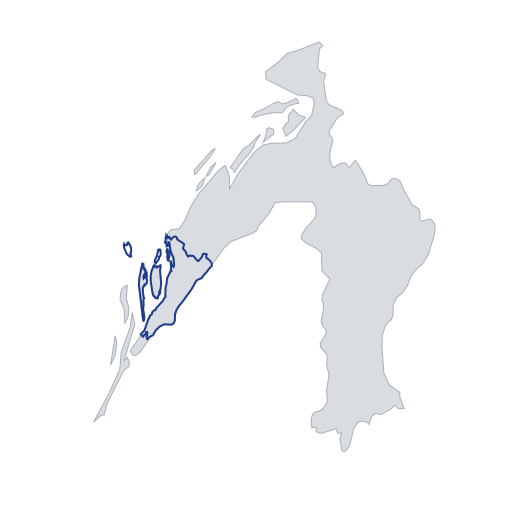 location of Splitsko-Dalmatinska within Croatia, rotated 83°
{"feature_id": "HRV-1492", "entity_name": "Splitsko-Dalmatinska", "entity_type": "County", "adm_level": 1, "iso_a3": "HRV", "parent_name": "Croatia", "parent_adm1": "", "projection": "natural_earth1", "projection_center": [16.561, 43.491], "detail": "fine", "context": "in_parent", "style": "outline", "palette": "blue", "viewbox_px": 512, "rotation_deg": 83, "n_neighbors": 0, "source": "natural_earth", "source_scale": "10m", "svg_char_len": 8208}
<svg xmlns="http://www.w3.org/2000/svg" viewBox="0 0 512 512"><g transform="rotate(83 256 256)"><path d="M55.6,164.2L58.1,167.7L76.4,172.0L80.4,170.1L82.8,167.2L82.8,165.4L84.4,164.9L90.8,167.6L110.6,167.3L114.6,165.2L122.1,152.9L124.5,151.8L126.1,152.3L127.3,156.0L130.1,159.4L140.0,167.6L143.8,168.6L147.5,166.3L151.3,165.7L162.1,170.0L171.2,170.9L178.0,168.6L174.7,162.0L174.2,158.7L174.6,155.8L179.3,152.9L179.1,151.6L173.5,146.5L173.8,145.2L186.1,139.5L198.0,136.2L199.9,133.8L201.5,123.1L200.9,117.4L196.1,112.0L195.8,109.3L197.0,106.5L198.9,104.0L209.1,101.0L224.1,94.8L228.7,89.0L231.5,88.0L239.9,88.8L241.6,87.4L240.5,79.1L242.0,76.9L246.4,74.6L253.7,75.5L259.8,77.7L275.9,85.0L284.4,91.8L289.2,99.3L295.6,105.1L303.7,109.3L310.2,114.9L314.9,122.0L321.6,125.9L330.1,126.8L335.5,129.2L337.8,133.2L342.4,136.8L349.4,140.1L360.3,141.9L387.7,143.4L399.9,139.6L409.0,129.8L412.8,130.5L425.6,127.6L424.8,133.5L421.0,136.1L424.9,142.1L428.7,151.9L426.7,156.8L429.2,160.6L437.0,164.4L434.8,165.5L433.1,168.7L432.9,174.5L439.1,180.1L455.7,186.1L460.6,191.0L460.7,193.1L459.8,194.5L447.1,195.0L442.3,192.5L441.8,196.4L437.2,197.7L439.9,212.1L439.0,216.3L437.2,217.7L433.7,216.9L432.7,218.3L433.6,221.4L429.0,221.7L421.6,220.1L418.3,217.3L417.6,211.8L415.2,207.5L409.4,203.0L397.2,202.2L383.0,198.0L372.7,199.3L362.9,197.3L354.4,203.0L350.2,202.9L341.6,195.8L339.0,195.4L331.6,199.0L328.5,199.2L316.1,195.3L311.5,194.8L308.2,196.0L302.2,194.6L287.8,185.4L278.9,192.4L260.8,190.7L255.5,195.5L249.3,204.7L244.3,209.0L239.9,207.5L234.8,203.4L225.8,193.1L221.3,191.2L216.1,190.8L211.5,191.9L209.1,194.0L205.5,222.5L205.4,230.5L215.4,237.9L227.2,250.7L231.0,252.2L232.8,256.3L238.7,279.2L244.7,287.2L265.0,306.0L273.6,317.9L299.7,341.1L311.2,345.2L313.0,347.4L313.1,356.5L314.4,359.8L322.1,369.3L337.8,383.2L339.6,386.4L340.2,388.8L339.2,390.6L335.1,392.5L317.0,376.8L302.9,368.2L287.0,352.1L265.7,345.8L251.2,338.8L232.7,342.0L226.8,342.1L222.5,340.8L219.5,336.5L219.5,328.7L211.0,321.7L199.5,315.0L188.5,306.4L166.7,283.0L162.3,275.5L173.6,272.7L186.7,274.2L172.7,264.3L152.6,244.9L146.7,235.7L146.0,225.9L147.6,212.3L144.0,202.7L128.6,190.1L123.0,183.5L111.6,179.6L106.5,180.0L103.4,184.9L101.0,195.7L81.9,224.3L74.6,224.2L66.5,210.6L58.7,200.3L57.0,189.4L51.3,167.3L55.6,164.2ZM395.2,426.1L395.4,429.4L401.0,437.4L375.8,419.5L351.9,405.0L335.1,401.5L312.0,389.8L297.0,385.7L309.3,384.7L344.8,400.3L340.9,396.1L346.0,394.5L350.3,395.7L353.1,400.8L373.1,414.5L385.9,422.6L395.2,426.1ZM118.2,239.9L117.6,243.3L113.4,238.9L111.3,231.2L106.1,218.6L105.5,215.1L108.3,211.6L108.1,208.0L104.5,197.0L107.6,195.2L109.5,195.0L110.2,202.7L111.9,207.1L117.0,212.4L115.9,221.4L116.8,234.1L118.2,239.9ZM140.9,211.8L132.3,213.7L128.2,210.3L127.2,207.6L120.1,206.7L115.0,201.1L121.1,196.8L124.4,190.0L136.0,204.0L140.9,211.8ZM278.7,363.0L267.6,363.2L258.0,361.6L253.2,358.8L255.1,352.6L265.8,353.1L282.1,355.8L286.2,359.0L284.9,360.5L278.7,363.0ZM307.5,375.8L302.6,376.7L271.3,376.0L262.1,374.2L250.0,368.0L260.2,366.6L269.6,368.0L272.5,371.4L307.5,375.8ZM166.9,268.5L165.1,270.9L147.7,255.3L145.8,250.1L137.2,239.4L135.9,236.6L143.8,243.5L146.8,244.2L154.3,251.0L161.7,259.7L170.5,267.3L166.9,268.5ZM269.3,387.3L282.3,389.8L291.8,388.6L300.4,390.2L307.1,394.4L292.3,393.4L283.3,396.3L275.5,394.7L272.5,392.9L270.4,390.5L269.3,387.3ZM166.8,305.2L167.7,307.3L163.0,306.5L146.0,287.2L144.2,283.4L150.3,287.9L166.8,305.2ZM136.9,223.5L144.0,235.0L137.4,231.5L131.5,230.1L130.3,227.5L132.5,223.2L136.9,223.5ZM336.7,407.5L346.4,413.6L318.1,405.6L324.3,404.7L336.7,407.5ZM179.6,300.6L184.2,307.2L179.8,305.8L175.2,301.7L172.5,297.3L179.6,300.6ZM169.8,292.8L170.9,295.9L162.2,290.0L158.3,284.3L169.8,292.8Z" fill="#d9dde1" stroke="#a8b0b8" stroke-width="1"/><path d="M260.6,301.1L262.6,303.8L266.0,307.0L268.3,309.9L271.2,312.4L271.7,313.7L272.0,315.2L272.6,317.1L273.6,318.5L281.4,324.2L292.5,334.6L295.9,338.3L298.1,340.1L299.7,341.4L303.8,343.5L310.6,344.5L312.8,345.9L313.9,348.2L312.6,355.6L314.2,360.0L316.9,363.9L319.8,366.3L321.2,367.2L322.0,367.8L322.4,368.7L323.0,370.6L323.8,372.3L324.9,373.4L325.5,373.8L325.4,374.0L325.1,374.2L324.6,374.4L323.3,374.6L322.8,374.5L322.4,374.4L322.1,374.2L321.9,373.8L321.7,373.7L321.3,373.6L319.9,373.4L318.7,373.1L318.4,373.1L318.2,373.3L318.1,374.1L318.2,374.4L318.3,374.6L318.7,374.7L319.5,374.8L319.9,374.9L320.2,375.3L320.5,375.7L320.8,376.4L321.1,376.8L321.4,377.1L322.1,377.6L322.4,377.8L322.4,378.1L322.0,378.4L321.5,378.6L319.6,379.9L316.1,375.7L305.9,370.8L303.5,369.0L302.3,368.4L301.8,368.1L301.4,366.9L300.9,366.4L300.1,366.1L299.4,366.0L299.0,365.8L298.5,365.2L297.8,364.2L297.6,363.8L297.4,362.6L297.3,362.3L297.0,362.1L296.1,361.9L295.8,361.7L289.1,353.8L287.2,352.6L286.5,352.0L285.9,351.4L285.4,350.9L276.4,349.7L272.3,348.1L267.5,347.1L261.1,342.9L261.0,342.6L260.9,342.2L260.8,341.8L260.4,341.6L260.0,341.7L259.3,342.2L259.0,342.2L256.3,341.6L251.0,341.6L251.0,341.0L252.4,341.0L254.0,340.7L255.6,340.0L256.8,339.2L255.6,338.5L254.0,338.2L247.2,338.1L246.4,338.3L245.1,339.1L244.6,339.2L243.3,339.4L240.4,340.2L231.8,340.4L231.8,341.0L234.1,341.6L235.1,342.2L235.6,343.5L231.3,343.5L231.5,344.5L230.5,344.4L228.2,343.5L226.3,343.4L225.5,343.0L224.5,342.2L224.4,342.2L224.9,341.8L225.6,341.7L227.1,341.6L227.5,341.4L227.5,341.2L227.3,341.1L226.9,340.9L226.6,340.7L226.3,340.4L226.3,339.9L226.6,339.6L227.2,339.4L227.8,339.2L229.0,338.8L229.4,338.5L229.4,338.3L229.1,338.3L228.8,338.1L228.5,337.3L227.5,336.3L227.1,335.7L226.9,335.0L226.7,334.0L227.0,333.5L227.3,333.1L228.1,332.3L228.5,332.1L228.8,332.1L229.2,332.3L229.6,332.2L230.0,332.1L234.8,326.4L235.5,325.9L235.8,326.0L239.6,327.5L240.3,327.4L240.8,327.0L241.4,326.3L241.9,325.9L242.4,325.6L244.0,325.1L245.9,324.6L247.5,324.0L248.2,323.4L248.3,322.9L248.0,322.5L247.7,322.1L247.5,321.8L247.4,321.3L248.1,320.0L248.2,319.8L248.1,319.5L248.0,319.1L248.2,318.4L248.6,317.9L253.4,314.9L253.9,314.3L253.9,313.7L253.5,313.2L250.7,310.2L250.1,309.7L249.6,309.4L247.6,308.5L247.4,308.0L247.3,307.5L248.2,304.8L250.4,305.4L251.6,305.4L252.4,305.1L252.7,304.8L252.8,304.5L252.9,304.0L254.2,302.9L256.6,301.4L257.6,301.1L258.3,300.9L260.6,301.1ZM258.7,361.7L253.2,358.8L252.0,357.4L252.6,357.8L253.0,358.1L253.5,358.1L253.5,357.6L254.0,357.5L254.4,357.4L254.0,356.8L254.1,356.2L254.5,355.8L255.4,355.6L254.4,354.1L253.5,352.0L254.9,351.9L255.4,352.0L258.2,353.0L271.8,353.5L280.4,355.6L280.4,356.2L279.5,356.2L280.2,356.6L280.9,356.8L281.4,356.7L281.9,356.2L282.5,356.7L283.8,358.1L284.6,358.3L285.2,358.3L285.7,358.4L286.2,359.3L285.3,360.9L284.8,361.4L284.3,361.1L283.0,362.7L280.7,363.2L267.7,363.6L263.1,363.0L258.7,361.7ZM272.2,375.7L270.6,375.8L262.9,374.3L256.9,372.2L254.8,371.8L253.5,371.0L252.7,370.8L249.6,369.6L249.9,369.2L250.2,369.1L251.0,369.0L251.9,369.5L252.7,369.4L254.4,368.4L254.9,369.0L255.1,368.6L255.9,367.8L255.9,368.4L258.4,367.6L260.5,368.8L262.5,370.3L264.5,370.2L262.6,368.4L260.7,367.3L260.1,366.7L261.1,366.8L263.1,366.7L264.5,367.8L264.8,367.8L265.5,367.3L265.9,367.1L266.8,367.1L268.9,367.5L269.9,367.8L270.3,368.3L270.8,369.0L271.4,369.7L272.2,370.2L272.3,370.6L272.2,370.8L271.7,370.8L273.1,371.8L274.7,372.4L276.3,372.6L283.1,372.6L284.3,372.0L285.3,372.9L286.6,373.2L290.9,373.5L295.1,374.5L301.6,374.2L304.7,374.5L307.4,375.7L289.8,375.7L272.2,375.7ZM240.4,380.6L240.7,380.2L241.0,379.9L241.3,380.1L241.4,380.9L241.2,381.4L240.7,381.9L239.9,382.4L239.1,383.4L238.3,384.0L232.0,385.8L229.6,386.0L227.9,385.4L229.4,384.7L229.6,383.3L229.0,382.3L228.3,382.4L227.9,382.4L226.9,381.2L227.2,380.9L227.5,380.8L227.8,380.7L228.3,380.6L230.0,379.6L232.6,379.1L235.4,379.2L237.5,379.9L237.2,380.4L237.0,380.6L238.6,380.0L239.5,380.0L240.4,380.6ZM251.0,356.2L249.9,357.4L248.0,356.9L243.3,354.2L239.8,352.9L238.1,352.6L238.0,352.2L238.3,352.1L238.5,352.0L237.8,351.5L237.6,350.8L238.0,350.3L239.0,350.1L243.0,350.4L244.5,351.2L244.8,352.6L246.7,352.4L248.0,353.4L249.3,354.9L251.0,356.2ZM245.3,341.9L247.0,342.5L249.9,343.5L249.6,344.0L246.9,344.3L243.3,343.7L242.3,343.8L241.7,344.1L240.8,344.2L239.7,344.1L238.9,343.8L238.4,343.5L238.4,343.0L238.9,342.8L239.2,342.8L239.7,342.9L240.6,343.0L241.2,342.6L241.0,341.9L242.1,341.5L245.3,341.9Z" fill="none" stroke="#1e3a8a" stroke-width="2"/></g></svg>